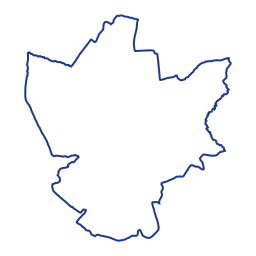 Lubefu, Kasaï-Oriental, Democratic Republic of the Congo (Mercator projection)
{"feature_id": "63176286B49230128630829", "entity_name": "Lubefu", "entity_type": "district", "adm_level": 2, "iso_a3": "COD", "parent_name": "Democratic Republic of the Congo", "parent_adm1": "Kasaï-Oriental", "projection": "mercator", "projection_center": [24.451, -4.689], "detail": "fine", "context": "isolated", "style": "outline", "palette": "blue", "viewbox_px": 256, "rotation_deg": 0, "n_neighbors": 0, "source": "geoboundaries", "source_scale": "gbopen_adm2", "svg_char_len": 5736}
<svg xmlns="http://www.w3.org/2000/svg" viewBox="0 0 256 256"><path d="M157.9,230.5L158.5,229.1L158.7,227.9L158.1,223.5L156.9,219.2L156.4,218.1L155.9,216.5L155.1,213.7L154.3,211.6L154.1,209.6L153.4,207.9L152.6,205.4L152.4,204.4L152.2,202.8L152.6,202.3L153.2,202.1L154.7,202.3L156.0,202.0L158.2,202.3L159.0,203.4L159.3,203.4L159.0,202.8L159.2,201.9L159.6,200.1L161.6,196.4L162.0,195.3L161.9,194.0L161.5,192.6L161.4,191.4L161.9,190.5L162.4,189.8L162.9,188.6L162.7,186.6L162.4,185.9L161.8,185.1L161.5,184.4L161.5,183.5L162.2,182.7L163.6,182.5L164.4,182.1L165.6,181.8L167.4,181.2L170.0,180.0L172.6,179.0L173.3,178.6L174.5,178.1L175.6,177.2L177.0,176.6L179.6,176.5L182.2,176.6L182.9,176.5L183.6,176.0L186.0,172.3L186.9,170.7L187.9,169.5L188.5,168.4L189.7,166.5L190.4,165.9L190.9,165.3L192.0,165.2L193.2,165.6L195.8,166.7L197.3,166.6L198.7,167.0L200.8,168.6L201.6,169.1L202.7,169.6L203.3,169.5L203.9,168.4L203.6,167.5L203.4,166.3L202.7,163.2L202.4,162.5L201.7,161.6L201.1,160.6L200.5,160.0L199.9,158.5L200.0,158.2L202.8,154.9L203.7,154.5L204.7,154.5L206.4,154.8L207.6,155.1L211.2,155.7L213.2,155.7L215.2,155.6L216.3,155.3L217.2,154.8L218.0,153.9L219.2,152.7L219.6,152.4L220.3,152.0L221.6,151.7L224.2,151.1L225.0,150.8L224.5,149.8L224.0,149.4L223.9,148.0L221.8,146.3L221.4,145.2L220.4,145.0L219.6,145.2L218.4,144.2L217.0,143.8L216.6,143.2L216.1,141.0L215.6,140.4L213.5,140.0L212.3,138.5L211.3,136.6L211.4,135.4L210.4,134.2L210.1,133.4L210.4,132.7L210.1,132.1L208.9,132.0L208.2,131.0L207.8,130.1L206.6,129.2L206.4,128.8L206.6,128.3L207.9,127.5L207.3,126.8L206.9,125.4L205.6,124.3L205.4,123.6L205.7,122.6L205.7,121.2L206.4,120.7L205.7,119.8L205.6,119.4L206.4,118.3L207.0,116.6L207.7,116.1L207.9,115.7L207.5,114.9L207.6,114.5L208.6,114.3L208.9,113.6L208.7,112.5L209.3,112.1L210.4,112.0L211.6,111.6L212.3,110.4L212.9,108.7L213.3,108.6L213.9,109.0L214.6,108.9L214.7,109.1L215.2,108.1L214.5,106.2L214.7,105.7L216.2,105.8L216.3,105.0L215.4,103.7L216.2,102.8L216.5,101.5L220.3,98.8L221.5,97.7L222.1,95.7L222.5,95.6L223.3,95.8L224.1,94.1L225.6,94.3L226.6,93.9L227.5,93.2L227.9,92.4L227.3,91.2L227.4,90.7L228.3,90.3L228.7,89.5L226.4,87.3L226.2,86.9L226.8,85.8L226.7,85.4L224.3,83.3L223.4,81.8L223.3,80.6L226.2,77.9L226.6,76.6L226.1,72.8L226.6,71.0L226.6,69.8L226.7,69.1L230.3,64.5L230.7,63.1L230.5,62.6L229.6,62.0L228.9,60.6L228.6,59.8L228.9,58.6L228.8,58.1L227.5,58.1L226.7,58.6L225.7,58.6L221.0,60.4L218.7,60.4L216.8,60.1L215.9,60.4L214.5,60.3L211.7,61.2L211.2,60.9L210.2,61.2L207.6,61.3L206.9,61.6L205.8,61.5L204.5,62.4L202.5,62.8L201.6,63.2L199.6,64.6L199.2,65.2L197.8,65.8L197.3,67.3L196.9,67.5L196.2,68.3L195.3,68.7L194.9,69.4L194.2,69.9L193.4,71.5L192.7,72.4L191.9,72.9L190.4,74.5L189.7,74.9L188.2,77.0L186.3,77.6L185.4,78.4L185.0,79.3L184.4,79.3L181.5,80.4L179.8,79.7L178.0,78.4L177.3,77.2L176.9,75.7L176.1,75.5L173.4,77.1L168.6,77.8L167.4,78.0L162.9,79.5L161.7,79.8L160.2,79.9L159.8,78.7L159.5,74.9L158.4,63.6L158.4,62.6L157.3,54.1L156.3,53.6L155.2,53.5L154.5,52.9L154.2,51.7L153.8,50.8L152.9,50.5L150.4,50.3L135.2,51.0L134.5,49.8L133.8,43.8L134.3,39.1L134.7,36.6L136.6,28.7L137.0,24.1L137.4,21.5L138.0,19.8L136.0,18.9L134.0,18.8L131.9,17.8L129.6,17.7L128.1,16.9L124.5,16.5L122.9,15.7L121.7,15.4L121.0,15.4L119.4,15.9L117.5,15.7L116.8,16.0L115.0,18.2L114.0,19.7L113.4,21.5L113.3,22.5L112.7,22.7L110.9,24.3L109.9,23.4L108.4,22.6L106.7,22.0L105.4,22.0L104.5,22.6L103.7,24.1L103.4,26.8L103.3,29.2L102.8,29.9L101.7,31.2L99.0,34.4L96.5,40.5L95.6,41.7L94.9,42.1L93.7,41.5L92.8,40.6L91.0,39.5L79.7,54.3L75.4,61.1L74.4,62.3L73.1,64.3L71.1,66.5L70.3,65.9L69.5,66.1L68.7,65.0L67.6,65.2L66.9,64.7L66.1,64.9L65.4,64.8L63.9,63.3L62.0,63.0L60.3,62.0L58.5,62.2L57.7,61.8L56.6,61.7L55.7,60.9L55.2,60.9L54.2,61.4L53.5,61.1L52.7,61.3L51.7,61.1L51.1,60.6L50.0,60.4L47.6,58.5L44.5,58.1L44.2,57.8L44.0,57.1L42.8,57.3L42.0,56.7L41.0,56.8L40.0,56.1L38.4,56.6L37.7,55.9L36.5,55.7L35.8,55.3L34.9,55.5L34.2,55.2L33.5,55.3L32.7,54.4L31.6,53.8L30.5,53.7L29.5,52.4L28.0,52.8L27.9,54.8L28.1,58.8L27.1,64.9L27.5,65.7L27.9,68.7L27.5,70.0L27.7,70.5L27.1,71.3L27.8,72.6L27.4,73.4L27.6,74.1L27.3,74.8L27.6,75.4L26.8,76.9L26.5,79.0L25.4,87.4L25.3,92.0L25.3,96.4L25.6,99.2L26.8,101.9L29.2,105.3L30.8,108.5L31.2,110.1L33.1,114.2L35.7,120.2L36.9,122.5L38.2,125.7L39.4,127.3L42.1,133.2L43.3,134.8L46.9,141.3L48.1,144.7L49.6,147.9L51.1,152.5L51.9,154.8L53.9,156.3L56.3,155.6L63.5,156.6L64.3,156.3L65.7,156.2L67.3,157.1L67.9,157.2L71.7,155.6L73.8,155.5L74.8,155.0L75.6,155.1L76.6,155.8L78.2,156.1L78.6,157.1L76.2,159.4L74.2,161.8L73.7,162.2L73.1,162.3L72.4,162.0L71.9,162.1L70.4,163.0L68.3,164.6L67.8,165.3L68.2,166.6L67.7,167.2L66.8,167.1L66.1,167.6L62.4,168.1L60.9,168.6L60.2,169.1L58.7,171.2L58.4,171.9L58.5,173.2L58.3,174.1L57.6,175.2L59.8,178.0L60.1,180.8L58.7,182.1L57.2,182.9L55.3,183.0L54.0,183.8L52.7,184.1L52.5,184.4L52.2,185.3L52.2,186.4L52.8,189.3L53.5,191.1L56.9,194.5L59.2,196.3L60.5,197.6L66.4,202.5L68.6,204.6L71.3,206.9L72.6,207.0L73.2,208.0L74.2,208.7L77.6,211.0L80.2,212.7L81.2,212.1L82.9,210.1L83.6,209.5L84.6,209.5L86.0,210.3L85.1,212.1L84.8,213.0L83.5,214.3L82.5,215.0L81.1,216.8L79.5,218.3L78.1,220.0L77.8,220.6L76.8,221.6L76.7,222.4L78.7,224.0L80.6,224.7L82.7,227.1L83.5,227.2L84.8,228.4L85.9,230.0L86.8,230.4L89.3,230.8L90.0,231.5L91.6,234.6L94.3,235.8L95.2,236.1L96.5,235.1L97.4,234.6L100.4,235.5L109.0,237.3L115.1,239.7L116.3,240.3L118.1,240.6L119.5,240.6L121.3,240.3L122.6,240.1L124.7,239.6L126.9,238.5L128.1,238.0L129.6,237.4L131.5,236.1L132.8,235.7L136.0,235.8L136.8,235.5L137.6,234.6L137.9,233.1L137.9,231.4L139.0,230.2L139.8,229.9L140.4,230.5L141.0,231.9L141.9,233.9L142.8,235.6L143.6,236.2L146.5,237.6L148.1,237.9L149.7,237.9L150.9,237.2L151.8,236.5L152.6,236.1L156.3,232.2L157.2,231.4L157.9,230.5Z" fill="none" stroke="#1e3a8a" stroke-width="2"/></svg>